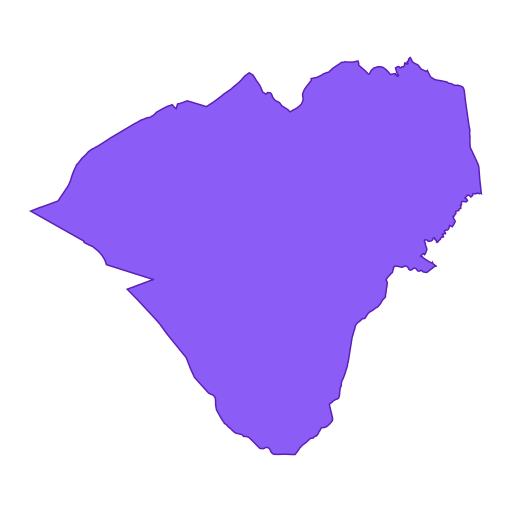 Jilotzingo, México, Mexico (Robinson projection)
{"feature_id": "50627088B53803503367130", "entity_name": "Jilotzingo", "entity_type": "district", "adm_level": 2, "iso_a3": "MEX", "parent_name": "Mexico", "parent_adm1": "México", "projection": "robinson", "projection_center": [-99.376, 19.498], "detail": "fine", "context": "isolated", "style": "filled", "palette": "violet", "viewbox_px": 512, "rotation_deg": 0, "n_neighbors": 0, "source": "geoboundaries", "source_scale": "gbopen_adm2", "svg_char_len": 5972}
<svg xmlns="http://www.w3.org/2000/svg" viewBox="0 0 512 512"><path d="M30.7,211.1L82.1,240.1L83.6,240.6L83.6,241.7L84.9,242.9L89.5,245.2L92.5,246.4L98.0,250.9L100.2,253.2L102.0,255.4L104.4,259.2L105.3,261.2L106.2,264.1L106.5,264.7L153.2,279.5L152.9,279.9L150.0,280.7L127.2,289.2L137.7,299.9L155.8,319.4L160.0,324.3L167.1,334.1L186.4,357.9L190.2,368.0L194.5,377.4L208.5,393.0L211.4,394.5L212.1,394.6L213.2,395.1L215.0,397.3L215.5,399.7L215.7,405.5L216.5,409.9L221.1,418.2L223.3,421.6L223.9,422.2L224.3,423.3L226.6,424.8L227.4,425.9L228.5,427.0L231.1,429.0L232.4,430.5L234.6,432.4L235.5,433.0L242.2,434.7L243.6,436.4L246.8,436.6L248.8,437.4L249.9,438.3L259.9,448.4L263.1,448.7L263.9,448.5L265.7,447.5L266.4,447.4L266.9,447.4L268.8,448.1L270.1,449.7L270.6,451.2L272.3,453.5L273.6,454.2L275.0,454.4L278.4,454.4L285.0,454.2L291.5,454.5L295.1,454.5L298.8,449.6L299.6,448.2L301.7,445.9L302.8,444.9L306.3,442.3L309.7,439.0L310.5,438.4L313.3,438.0L314.3,436.7L314.9,436.4L316.0,436.1L316.5,435.9L317.8,434.2L318.4,433.3L318.8,432.0L319.8,430.8L320.9,428.5L321.5,427.8L324.8,427.4L325.7,427.1L326.9,426.4L328.4,425.1L329.9,423.7L331.7,421.6L332.2,420.9L332.5,420.2L332.6,419.2L332.5,417.9L329.3,404.2L331.8,402.4L333.5,400.7L335.7,399.5L337.5,398.9L338.3,398.4L338.6,397.9L339.1,396.8L339.6,394.3L339.6,393.1L340.1,388.8L340.3,387.8L341.1,386.2L341.3,385.2L341.3,383.4L341.6,381.9L342.0,380.6L342.7,379.5L343.6,377.3L344.8,374.2L347.4,365.8L347.7,363.2L348.2,361.8L348.5,360.0L352.1,337.5L353.3,333.6L353.9,331.0L354.6,329.5L355.3,326.1L355.8,325.0L356.6,323.8L358.5,322.0L359.7,321.3L361.8,319.2L362.3,318.8L364.3,318.5L365.2,318.0L367.9,313.6L368.8,312.8L370.0,311.8L372.7,310.3L375.9,307.8L377.0,307.4L378.4,306.3L379.2,305.2L380.5,303.7L381.2,302.3L382.4,300.2L385.0,297.5L385.4,296.8L385.5,295.9L385.5,294.4L386.0,292.6L386.3,289.6L387.1,284.7L387.3,282.5L386.5,280.6L386.0,280.2L386.0,279.8L387.8,277.2L391.0,273.6L392.4,272.5L393.5,268.1L394.1,266.8L394.7,266.3L395.5,266.0L398.8,266.5L401.7,267.3L404.3,266.5L404.4,266.3L405.2,265.9L406.0,266.1L407.8,267.2L408.3,267.9L408.4,268.5L408.8,269.2L410.0,270.1L411.0,270.1L412.0,269.6L413.6,268.3L414.3,268.2L415.3,268.3L416.3,269.0L417.6,270.7L418.9,271.2L421.4,270.4L423.2,271.9L425.6,272.4L426.6,272.4L427.4,272.1L431.1,269.1L432.4,268.2L434.8,266.3L435.8,266.2L435.4,265.8L435.6,265.7L433.1,263.9L432.5,262.5L432.2,263.2L431.5,262.8L429.2,261.8L425.2,259.2L423.3,257.8L422.2,256.7L421.2,256.5L420.6,256.1L421.0,255.5L422.0,254.8L423.6,253.4L423.8,253.6L424.6,254.6L425.7,253.0L426.0,251.7L426.9,249.7L426.6,248.0L425.9,246.2L425.5,245.0L425.4,243.5L424.5,241.3L424.4,240.5L424.7,239.9L425.0,239.9L425.6,240.0L426.6,239.8L427.4,240.4L428.2,241.4L429.2,241.4L431.3,240.8L432.2,240.3L432.6,239.9L433.1,238.5L433.6,238.0L434.1,237.9L434.6,238.0L434.9,239.5L436.2,240.3L436.4,240.6L436.5,242.1L437.1,242.4L437.5,242.3L439.4,240.0L440.4,239.3L440.5,238.2L441.7,237.3L442.1,237.2L442.9,237.2L443.4,236.9L443.5,236.5L442.4,234.3L443.3,234.1L444.3,233.5L444.6,233.5L445.1,233.8L445.4,233.7L445.5,233.1L444.5,231.3L444.5,230.9L445.4,230.3L447.7,229.9L448.7,228.8L449.6,225.5L452.2,226.8L453.8,224.4L454.6,222.6L455.1,222.1L455.1,220.9L454.1,219.3L453.0,216.8L453.1,216.3L454.0,216.2L455.1,214.4L455.6,213.9L456.0,213.1L455.6,211.9L456.3,211.0L458.7,210.6L459.1,209.0L460.8,208.4L460.8,206.3L460.4,205.4L461.5,204.8L461.4,203.2L461.5,202.0L462.3,201.4L466.3,201.9L467.5,200.6L466.5,198.9L464.9,198.0L467.3,195.6L467.5,195.1L469.0,195.2L470.9,197.0L472.5,195.6L473.2,193.5L475.7,193.9L477.1,192.9L478.1,193.4L479.4,193.7L480.8,193.1L481.3,193.5L479.8,179.7L478.8,166.8L478.0,164.0L470.1,147.1L470.1,145.0L469.9,143.0L469.9,140.0L470.0,136.2L469.6,133.8L469.8,130.8L469.7,128.8L469.1,126.5L465.3,99.9L464.3,90.8L463.5,88.2L462.9,87.3L461.3,86.3L459.0,85.6L458.2,85.3L454.4,85.3L451.4,83.7L450.3,83.4L448.7,83.4L447.3,82.2L446.1,81.8L440.3,80.6L436.3,80.0L434.0,79.1L430.6,77.0L427.3,70.4L426.2,71.4L421.0,69.0L418.7,65.8L417.9,64.9L414.8,63.4L412.9,62.2L412.4,61.7L411.0,58.7L410.1,57.5L408.6,59.1L408.5,59.5L408.8,60.4L408.7,60.8L407.6,61.3L407.1,61.8L407.1,62.1L407.7,62.9L408.0,63.5L407.9,63.7L407.4,64.1L407.1,64.1L406.6,63.6L406.4,63.5L405.9,63.7L405.6,63.5L405.2,62.9L404.9,62.9L404.6,63.6L404.4,65.4L404.2,66.1L403.4,66.8L402.6,66.9L401.7,66.8L400.7,67.8L400.1,67.9L399.9,67.8L398.9,66.6L398.5,66.5L397.2,66.9L395.5,67.9L396.7,72.3L398.5,75.7L397.3,76.3L396.5,74.8L395.5,74.8L395.3,73.6L392.7,74.0L390.4,74.5L387.5,71.0L385.5,69.2L383.0,67.4L382.0,67.1L380.2,66.7L378.1,66.7L374.2,67.9L373.5,68.3L371.8,69.9L370.9,70.9L369.5,73.8L369.2,74.1L368.7,74.1L367.6,73.3L367.0,72.6L365.0,70.6L358.7,65.2L358.7,63.1L358.0,61.0L352.8,62.1L347.9,62.1L344.6,61.8L343.2,62.4L341.4,62.3L339.8,63.8L338.9,64.2L332.6,68.4L328.7,72.2L327.1,72.5L323.4,73.9L321.3,75.3L316.9,77.4L311.1,78.6L311.3,80.2L311.2,80.5L306.8,86.1L305.0,88.6L304.2,89.9L303.2,92.3L302.7,93.8L302.6,94.8L302.6,95.6L303.1,98.5L303.1,99.7L302.7,101.3L301.3,104.2L300.5,105.0L298.6,106.8L296.3,108.4L295.2,109.1L293.3,109.9L291.8,110.9L290.1,111.8L289.5,111.5L288.1,109.8L281.8,105.8L279.9,103.1L279.0,102.3L278.5,102.0L276.4,101.1L275.1,100.3L273.5,98.4L272.7,97.0L272.3,96.2L271.7,94.5L270.9,93.2L270.3,92.9L267.5,92.5L266.0,94.2L262.4,91.8L262.2,90.7L260.2,86.2L258.6,83.6L256.4,80.6L255.1,78.3L253.0,75.1L251.3,74.0L249.2,72.8L244.8,76.0L240.8,80.6L237.9,83.3L234.1,86.3L230.8,89.3L223.2,94.5L221.7,95.9L213.6,102.0L206.4,106.6L187.2,100.8L182.6,102.6L179.4,103.6L177.6,103.9L176.1,108.7L174.7,107.5L172.1,104.6L170.4,105.4L168.6,105.9L166.9,106.6L162.2,109.0L156.2,112.4L155.5,113.4L153.2,115.5L151.8,116.1L150.6,117.1L149.8,117.4L147.9,117.6L146.2,118.1L143.4,119.3L141.0,120.1L136.9,122.5L134.5,123.7L111.7,137.2L97.9,146.1L95.8,147.1L93.9,148.4L92.8,148.6L88.5,151.6L85.8,154.7L82.0,158.2L77.9,163.6L76.6,164.6L76.4,165.4L73.8,170.9L72.1,175.3L70.3,181.2L68.3,185.7L58.0,201.0L43.3,206.4L39.0,207.8L30.7,211.1Z" fill="#8b5cf6" stroke="#5b21b6" stroke-width="1.5"/></svg>